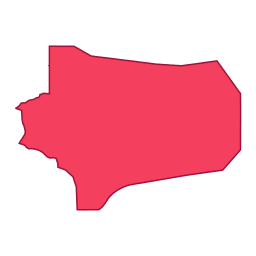 outline of Khab wa Ash Sha'f, Al Jawf, Yemen
{"feature_id": "15242507B11673803403546", "entity_name": "Khab wa Ash Sha'f", "entity_type": "district", "adm_level": 2, "iso_a3": "YEM", "parent_name": "Yemen", "parent_adm1": "Al Jawf", "projection": "mercator", "projection_center": [45.303, 16.593], "detail": "fine", "context": "isolated", "style": "filled", "palette": "rose", "viewbox_px": 256, "rotation_deg": 0, "n_neighbors": 0, "source": "geoboundaries", "source_scale": "gbopen_adm2", "svg_char_len": 4008}
<svg xmlns="http://www.w3.org/2000/svg" viewBox="0 0 256 256"><path d="M240.5,93.4L240.3,93.4L238.8,91.4L237.4,89.4L236.1,87.6L234.5,85.3L233.0,83.3L231.6,81.3L230.1,79.2L228.7,77.2L227.2,75.2L225.7,73.1L224.1,70.8L222.8,69.1L221.4,67.0L219.9,65.0L218.4,63.0L217.0,60.9L214.7,61.2L212.5,61.5L210.4,61.8L208.0,62.1L205.8,62.4L203.6,62.7L201.3,63.1L199.1,63.4L196.9,63.7L194.6,64.0L192.4,64.3L190.2,64.6L187.9,64.9L185.7,65.2L183.5,65.5L181.2,65.8L178.8,65.6L176.3,65.5L173.8,65.3L171.3,65.2L168.8,65.0L166.3,64.8L163.8,64.7L161.5,64.5L158.7,64.3L156.4,64.2L153.9,63.9L151.7,63.6L148.8,63.2L146.3,62.9L143.8,62.6L141.3,62.3L138.8,62.0L136.3,61.6L133.8,61.3L131.3,61.0L128.8,60.7L126.3,60.4L123.7,60.1L121.2,59.8L118.7,59.5L116.2,59.1L113.7,58.8L111.2,58.5L108.6,58.2L106.2,57.9L103.7,57.6L101.2,57.3L98.6,57.0L96.1,56.7L93.4,56.3L91.1,56.0L89.0,54.8L86.8,53.6L84.7,52.4L82.6,51.2L80.4,49.9L78.3,48.7L76.1,47.5L74.0,46.3L71.6,46.3L69.2,46.3L67.0,46.3L64.4,46.3L62.0,46.3L59.6,46.3L57.2,46.3L54.8,46.2L52.4,46.2L50.9,46.2L50.0,46.2L49.4,46.2L49.4,51.5L49.4,65.8L49.2,65.8L49.4,66.1L49.4,76.6L49.4,83.4L49.4,93.7L43.2,93.3L41.8,94.3L40.9,94.2L40.2,94.4L39.9,94.7L39.9,94.9L39.8,95.4L39.7,95.9L39.5,96.3L39.2,96.8L38.8,97.2L38.4,97.4L38.0,97.5L37.5,97.7L37.1,97.7L36.5,97.8L36.3,97.9L35.9,98.1L35.6,98.3L35.3,98.6L34.8,98.9L34.3,99.1L33.6,99.3L33.1,99.5L32.5,99.7L31.9,99.8L31.5,99.8L31.1,99.9L30.4,100.0L29.9,100.1L29.4,100.3L28.9,100.5L28.3,100.8L27.9,101.0L27.5,101.3L26.8,101.9L26.2,102.2L26.1,102.3L25.6,102.7L24.9,102.9L24.4,103.0L24.1,103.0L23.8,103.0L23.5,102.9L23.1,102.9L22.8,102.8L22.4,102.8L22.0,102.9L21.5,103.1L21.3,103.3L20.9,103.5L20.7,103.8L20.4,104.1L20.3,104.4L20.1,104.8L19.8,105.1L19.6,105.3L19.4,105.6L19.0,106.0L18.5,106.4L17.9,106.8L17.4,107.2L16.8,107.6L16.3,107.9L16.2,107.9L15.6,108.2L15.4,108.2L15.9,108.4L17.1,108.8L17.9,109.1L19.8,109.7L20.3,109.8L20.9,110.1L21.6,110.6L21.7,112.8L21.8,113.7L21.9,114.7L22.1,119.4L22.5,121.6L22.7,122.5L22.8,123.2L23.1,123.9L23.9,125.5L24.0,125.7L24.0,126.1L24.5,127.7L25.0,129.9L25.1,130.0L25.3,131.7L25.3,131.8L25.2,132.5L25.0,133.7L25.0,134.0L24.8,134.3L24.4,135.0L20.2,141.6L19.3,143.1L19.2,143.3L19.5,143.4L19.9,143.6L20.2,143.7L20.4,143.8L20.9,143.9L21.4,144.0L21.8,144.1L22.5,144.3L22.9,144.4L23.4,144.7L24.0,145.0L24.6,145.3L24.9,145.5L25.2,145.7L25.4,146.0L25.6,146.2L25.8,146.5L26.0,146.8L26.2,147.0L26.5,147.3L26.9,147.6L27.2,147.8L27.8,148.2L28.3,148.4L28.9,148.7L29.3,148.8L29.6,148.8L29.8,148.8L30.1,148.7L30.4,148.7L30.7,148.7L31.1,148.7L31.4,148.7L31.8,148.7L32.2,148.7L32.5,148.7L32.9,148.8L33.5,148.9L34.0,149.0L34.3,149.0L34.6,149.0L35.0,149.2L35.3,149.2L35.7,149.3L36.2,149.5L36.7,149.6L37.4,149.8L38.1,150.0L38.6,150.2L39.0,150.3L39.3,150.5L39.7,150.7L40.0,150.9L40.5,151.1L41.0,151.4L41.6,151.8L42.1,152.0L42.5,152.3L42.9,152.6L43.1,152.8L43.4,153.1L43.7,153.4L43.9,153.6L44.2,154.0L44.6,154.3L45.0,154.6L45.5,155.2L46.2,155.8L46.7,156.3L47.2,156.8L47.5,156.9L47.9,157.2L48.4,157.4L49.1,157.7L49.7,157.9L50.1,158.0L50.5,158.0L50.9,157.9L51.2,157.9L51.4,157.9L51.6,157.8L51.8,157.8L52.0,157.8L52.2,157.7L52.3,157.7L52.6,157.8L52.9,157.8L53.3,157.8L53.8,157.9L56.0,158.1L57.5,162.5L57.9,163.6L57.9,167.2L61.0,168.3L62.6,168.9L65.5,170.0L67.6,171.9L68.1,172.4L68.7,172.9L71.3,175.3L73.0,176.8L73.3,177.6L74.1,180.1L74.7,182.2L75.0,182.9L76.3,186.9L77.2,209.7L77.3,209.7L80.5,209.8L93.2,209.7L96.4,209.7L97.5,209.7L98.7,209.7L99.1,209.5L99.4,209.3L100.1,208.8L100.8,208.2L101.9,207.2L102.9,206.1L103.0,206.0L103.2,205.8L103.6,205.3L104.8,203.7L106.6,200.9L108.9,197.5L112.1,194.2L112.9,193.4L114.1,192.6L116.5,190.8L118.6,189.5L120.0,188.8L120.6,188.5L122.1,187.7L122.8,187.4L124.2,186.8L125.6,186.2L126.9,185.7L128.4,185.3L130.1,184.8L130.5,184.7L133.1,184.3L134.6,184.0L142.9,182.7L147.4,181.9L174.1,177.3L188.6,174.9L222.7,170.1L225.5,166.9L240.5,149.8L240.5,131.4L240.6,119.8L240.6,114.2L240.6,113.8L240.6,108.6L240.6,105.1L240.5,100.4L240.5,95.9L240.5,93.6L240.5,93.4Z" fill="#f43f5e" stroke="#9f1239" stroke-width="1.5"/></svg>